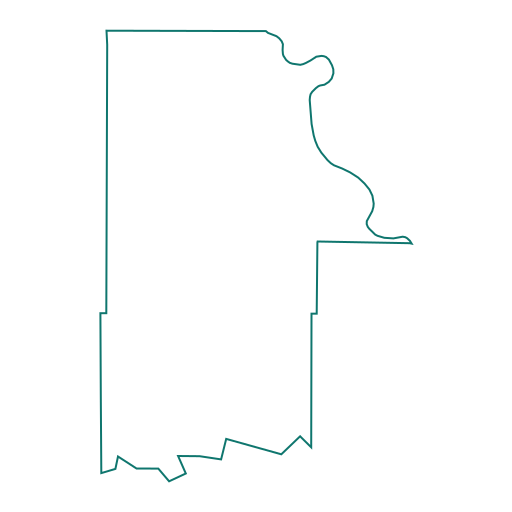 outline of Leavenworth, Kansas, United States of America
{"feature_id": "52423323B85501072071339", "entity_name": "Leavenworth", "entity_type": "district", "adm_level": 2, "iso_a3": "USA", "parent_name": "United States of America", "parent_adm1": "Kansas", "projection": "albers", "projection_center": [-94.929, 39.188], "detail": "fine", "context": "isolated", "style": "outline", "palette": "teal", "viewbox_px": 512, "rotation_deg": 0, "n_neighbors": 0, "source": "geoboundaries", "source_scale": "gbopen_adm2", "svg_char_len": 1217}
<svg xmlns="http://www.w3.org/2000/svg" viewBox="0 0 512 512"><path d="M311.2,447.3L311.5,313.7L316.7,313.7L317.4,242.3L317.6,241.5L409.7,243.2L411.6,243.6L409.9,240.8L407.1,238.2L405.3,237.2L402.7,236.7L393.4,238.4L384.3,237.8L377.5,235.8L375.2,234.6L369.2,228.7L367.8,226.9L366.7,224.1L366.8,221.1L372.2,211.2L373.4,207.0L373.7,203.6L372.4,195.7L369.4,189.5L364.5,183.5L358.2,177.6L350.1,172.4L342.1,168.5L334.0,165.3L330.8,163.2L327.5,160.1L321.3,152.6L317.7,146.8L315.3,140.9L313.7,135.4L312.7,130.0L311.6,124.0L309.7,100.0L310.0,96.8L310.2,95.9L310.6,94.2L312.2,91.8L315.8,88.2L318.4,86.2L320.1,85.5L324.5,84.7L328.8,81.9L331.7,78.5L333.4,73.3L333.3,69.3L332.0,65.3L328.9,59.6L326.0,57.0L323.8,56.2L321.5,55.9L316.3,56.7L310.5,60.5L305.8,63.0L303.2,64.1L300.3,64.8L292.4,63.7L289.7,62.8L289.2,62.4L287.8,61.4L286.1,59.9L283.4,55.7L282.9,53.9L282.6,50.0L282.9,44.2L281.7,41.3L279.2,38.3L276.5,36.2L268.0,32.9L265.9,31.1L106.5,30.7L107.2,44.8L106.3,313.2L100.4,313.2L100.8,395.7L101.1,441.9L101.3,473.1L115.4,468.9L118.0,456.5L136.5,468.5L158.3,468.6L169.1,481.3L185.8,473.5L178.1,456.0L199.6,456.2L221.1,459.4L226.2,438.9L281.3,454.3L300.1,436.3L311.2,447.3Z" fill="none" stroke="#0f766e" stroke-width="2"/></svg>